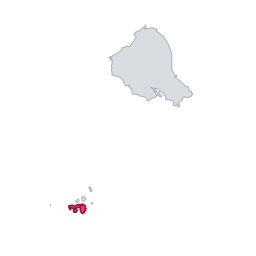 location of Isabela, Galápagos, Ecuador, rotated 292°
{"feature_id": "8360857B49822942031092", "entity_name": "Isabela", "entity_type": "district", "adm_level": 2, "iso_a3": "ECU", "parent_name": "Ecuador", "parent_adm1": "Galápagos", "projection": "natural_earth1", "projection_center": [-91.231, 0.314], "detail": "fine", "context": "in_parent", "style": "filled", "palette": "rose", "viewbox_px": 256, "rotation_deg": 292, "n_neighbors": 0, "source": "geoboundaries", "source_scale": "gbopen_adm2", "svg_char_len": 6783}
<svg xmlns="http://www.w3.org/2000/svg" viewBox="0 0 256 256"><g transform="rotate(292 128 128)"><path d="M230.0,106.1L229.3,106.6L227.7,106.8L226.3,106.3L225.8,106.3L225.8,106.8L227.5,108.1L228.3,110.4L229.5,111.8L230.3,112.4L230.3,112.9L230.1,113.8L230.0,114.6L230.4,118.1L230.1,118.3L229.2,118.3L228.5,117.7L226.5,126.2L220.1,134.8L212.9,140.8L204.6,144.3L198.4,146.8L197.5,147.7L194.5,152.0L194.3,152.4L194.8,153.1L194.8,153.6L194.3,153.9L194.0,153.9L193.8,153.7L193.7,153.2L193.3,152.7L192.8,152.5L192.5,152.6L192.5,153.1L191.9,155.4L191.8,156.6L191.6,157.0L191.6,158.0L190.9,158.9L190.5,160.5L190.0,161.0L189.3,163.4L188.4,165.8L188.3,166.6L188.6,167.2L188.7,167.6L188.3,169.1L186.1,170.6L185.6,171.3L185.3,172.1L185.5,172.7L185.4,173.3L184.7,173.5L184.0,174.9L183.5,175.2L182.1,174.7L181.1,174.7L180.4,174.3L178.9,172.0L178.3,170.7L178.1,168.8L176.7,167.6L174.7,167.9L174.1,167.5L172.7,166.7L171.5,165.8L170.5,165.4L169.8,165.6L168.7,167.1L167.6,167.7L167.1,167.7L166.4,167.2L166.3,166.7L167.9,164.1L166.7,164.1L166.3,163.5L166.2,162.9L166.0,162.1L166.3,161.3L166.9,160.9L167.9,161.2L168.6,161.2L169.0,160.4L169.9,159.8L170.1,159.4L169.6,158.2L169.5,157.5L169.6,157.1L169.6,155.7L169.3,155.2L169.3,154.4L169.0,154.0L168.9,153.0L168.3,152.5L170.3,151.6L171.1,150.9L172.0,150.2L172.7,149.3L173.3,148.3L174.5,143.9L175.6,141.1L175.4,139.7L174.5,137.9L174.3,135.3L174.4,134.4L174.3,133.8L173.6,134.9L173.8,138.9L173.2,140.6L172.5,141.1L172.0,140.8L172.2,137.9L171.7,138.4L170.8,140.4L169.3,141.8L169.2,142.3L168.8,142.9L167.7,142.3L166.8,141.7L164.0,138.5L162.1,137.8L160.9,136.7L160.7,136.2L160.6,135.6L161.7,134.9L162.9,134.0L163.0,132.0L163.0,130.4L162.1,127.7L162.6,124.2L162.3,122.8L161.3,119.9L162.1,118.4L164.7,117.3L165.6,116.6L166.2,114.3L166.8,112.9L168.0,113.4L168.9,113.4L167.7,112.9L166.6,110.8L166.5,109.8L168.4,106.9L169.5,106.2L170.7,104.7L171.8,102.4L172.1,98.8L171.6,96.2L171.3,93.5L171.9,92.8L173.5,92.4L174.9,91.6L175.5,90.7L177.1,90.9L178.9,89.6L181.8,89.0L185.8,87.5L186.7,86.3L186.3,84.0L187.8,85.4L188.5,86.4L190.5,87.6L193.0,89.8L194.6,90.9L196.4,91.9L198.9,92.9L200.4,92.7L201.1,94.4L201.7,94.8L203.1,95.4L203.3,95.6L203.9,98.6L204.2,99.0L205.5,99.5L207.0,99.7L207.6,99.6L209.0,100.4L211.1,101.1L211.9,101.2L212.2,101.0L212.3,100.7L213.0,100.8L213.9,101.2L215.2,101.3L216.0,100.9L216.2,99.2L216.5,98.9L217.5,98.3L218.0,98.4L220.4,99.7L220.9,100.2L221.6,101.1L222.7,102.5L224.0,103.3L225.9,103.7L227.8,105.1L230.0,106.1ZM34.6,104.2L35.3,105.2L35.7,107.7L38.2,110.5L38.5,112.0L38.3,112.7L38.4,113.0L39.6,114.1L40.3,115.2L39.0,117.9L36.3,119.0L33.4,119.0L32.8,118.7L32.0,117.7L31.8,116.8L32.3,115.9L33.8,114.6L36.1,113.4L36.4,112.5L35.5,111.6L34.8,109.9L33.4,108.7L32.7,104.9L32.2,104.7L31.2,105.3L30.7,104.8L30.6,104.6L31.7,103.7L31.9,103.1L33.5,102.8L34.2,103.3L34.6,104.2ZM46.0,115.5L45.4,115.5L43.5,114.2L43.6,112.8L44.4,111.9L46.8,111.4L47.9,112.3L47.8,113.9L46.9,115.1L46.3,115.3L46.0,115.5ZM170.7,146.6L170.5,147.2L169.3,147.1L169.0,147.0L169.3,144.4L169.6,143.5L170.5,142.7L171.3,142.3L172.4,142.4L173.4,143.1L172.2,144.5L171.2,144.8L170.7,146.6ZM32.7,111.1L31.5,111.4L30.4,110.9L30.0,110.1L29.9,109.0L30.0,108.6L32.3,108.2L33.0,109.2L33.0,110.5L32.7,111.1ZM57.2,117.5L55.8,118.1L55.0,117.5L54.9,117.2L55.7,116.3L56.5,115.8L57.2,114.8L58.4,114.2L58.8,114.4L59.1,114.6L59.2,114.9L58.7,115.7L58.0,116.3L57.2,117.5ZM43.1,109.3L42.5,109.7L40.2,109.3L39.5,108.4L40.1,107.3L40.6,106.9L42.0,107.3L43.4,108.5L43.1,109.3ZM44.9,123.5L44.4,123.6L43.8,123.0L44.3,121.9L45.2,122.4L45.5,122.9L44.9,123.5ZM185.7,86.9L185.0,87.0L184.7,86.3L185.5,85.5L185.8,85.4L185.7,86.9Z" fill="#d9dde1" stroke="#a8b0b8" stroke-width="1"/><path d="M33.7,102.3L33.4,102.5L33.2,102.7L33.2,102.8L32.9,102.9L32.5,103.1L32.3,103.0L32.1,103.1L31.9,103.2L31.9,103.3L31.9,103.5L31.7,103.8L31.5,104.1L31.1,104.3L30.9,104.4L30.8,104.5L30.7,104.5L30.6,104.8L30.8,104.9L30.9,105.3L31.0,105.4L31.4,105.2L31.6,105.1L32.1,104.8L32.5,104.8L32.8,105.0L32.9,105.5L32.9,105.9L32.9,106.1L33.0,106.3L32.9,106.5L32.9,106.9L33.2,107.4L33.2,107.5L33.1,107.8L33.2,108.1L33.2,108.3L33.4,108.3L33.4,108.5L33.5,108.8L33.7,109.1L33.8,109.2L33.8,109.3L34.0,109.4L34.3,109.5L34.5,109.6L34.4,109.7L34.5,109.7L34.6,109.8L34.7,110.0L34.8,110.0L35.0,110.1L35.1,110.4L35.1,111.0L35.2,111.3L35.5,111.6L35.8,111.9L36.3,112.5L36.7,112.7L36.7,112.9L36.8,112.9L36.9,113.0L37.0,113.0L36.9,113.1L37.0,113.2L37.0,113.3L36.9,113.3L36.8,113.5L36.7,113.6L36.8,113.7L36.6,113.6L36.4,113.8L36.2,113.8L36.2,114.0L35.9,114.2L35.8,114.3L35.7,114.3L35.6,114.2L35.4,114.2L35.2,114.0L34.9,114.1L34.8,114.3L34.7,114.3L34.4,114.4L34.2,114.4L33.9,114.5L33.7,114.8L33.5,115.0L33.4,115.1L33.3,115.3L33.2,115.4L32.9,115.5L32.6,115.7L32.6,115.8L32.3,116.2L31.9,116.6L31.7,117.1L31.6,117.4L31.7,117.7L32.0,117.9L32.2,118.0L32.3,118.0L32.5,118.4L32.4,118.5L32.5,118.6L32.7,118.8L32.8,118.9L33.0,119.0L33.3,119.1L33.6,118.9L33.8,119.0L34.0,119.0L34.6,119.1L34.8,119.1L35.0,119.2L35.3,119.4L35.5,119.4L35.8,119.5L35.9,119.4L35.9,119.2L36.0,119.3L36.0,119.2L36.3,119.1L36.5,119.0L36.5,118.9L36.8,118.9L37.0,118.8L37.2,118.7L37.3,118.8L37.3,118.7L37.5,118.6L37.8,118.4L38.0,118.2L38.3,118.1L38.5,118.2L38.8,118.2L39.1,118.1L39.1,117.9L39.3,117.7L39.6,117.6L39.8,117.5L39.7,117.1L39.8,117.0L39.8,116.8L39.9,116.7L39.8,116.4L40.0,116.3L40.0,116.2L40.1,115.9L40.4,115.7L40.5,115.5L40.5,115.4L40.5,115.2L40.4,115.1L40.2,115.0L40.3,115.0L40.3,114.9L40.1,114.9L40.1,114.7L39.9,114.6L39.7,114.5L39.9,114.3L39.7,114.3L39.7,114.2L39.7,113.9L39.5,113.7L39.4,113.8L39.4,113.7L39.2,113.4L39.2,113.2L39.1,113.3L39.1,113.2L38.9,113.4L39.0,113.4L38.9,113.4L38.9,113.5L38.8,113.4L38.7,113.5L38.6,113.4L38.4,113.3L38.4,113.2L38.5,112.8L38.4,112.7L38.2,112.7L38.1,112.8L38.1,112.7L38.3,112.6L38.5,112.4L38.5,112.2L38.5,111.9L38.6,111.7L38.6,111.3L38.6,111.1L38.4,111.0L38.5,110.9L38.4,110.8L38.5,110.7L38.4,110.6L38.1,110.3L38.0,110.2L37.9,110.1L37.7,109.8L37.4,109.5L37.2,109.4L36.9,109.1L36.6,108.9L36.5,108.6L36.1,108.1L35.9,107.9L35.7,107.7L35.6,107.4L35.6,106.8L35.5,106.7L35.6,106.4L35.6,105.9L35.5,104.9L35.4,104.8L35.2,104.6L34.9,104.3L34.8,104.2L34.7,104.1L34.5,103.8L34.4,103.7L34.3,103.4L34.2,103.4L34.3,103.3L34.2,103.1L34.1,102.7L33.9,102.7L33.8,102.4L33.7,102.3L33.7,102.3ZM32.3,108.3L31.9,108.3L31.7,108.6L31.4,108.6L31.1,108.8L30.4,108.8L29.9,108.9L29.8,109.2L29.9,109.4L29.9,110.1L30.0,110.4L30.2,110.7L30.3,111.0L30.4,111.3L30.6,111.5L31.1,111.5L31.3,111.6L31.5,111.6L31.8,111.8L31.9,111.7L32.7,111.6L32.8,111.4L33.0,111.3L33.0,111.2L33.1,110.8L33.1,110.7L33.2,110.4L33.2,110.2L33.3,110.2L33.2,110.0L33.2,109.5L33.2,109.4L33.1,109.2L32.9,108.9L32.9,108.7L32.6,108.5L32.5,108.4L32.5,108.5L32.4,108.4L32.5,108.3L32.4,108.3L32.3,108.3ZM27.9,84.9L27.9,85.0L28.0,85.1L27.9,85.0L27.9,84.9Z" fill="#f43f5e" stroke="#9f1239" stroke-width="1.5"/></g></svg>